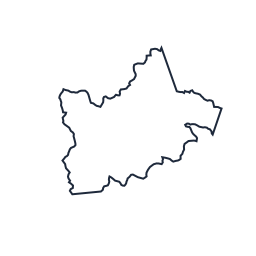 outline of Itapiúna, Ceará, Brazil, rotated 122°
{"feature_id": "56859067B46365761499950", "entity_name": "Itapiúna", "entity_type": "district", "adm_level": 2, "iso_a3": "BRA", "parent_name": "Brazil", "parent_adm1": "Ceará", "projection": "robinson", "projection_center": [-38.958, -4.601], "detail": "fine", "context": "isolated", "style": "outline", "palette": "slate", "viewbox_px": 256, "rotation_deg": 122, "n_neighbors": 0, "source": "geoboundaries", "source_scale": "gbopen_adm2", "svg_char_len": 3090}
<svg xmlns="http://www.w3.org/2000/svg" viewBox="0 0 256 256"><g transform="rotate(122 128 128)"><path d="M88.7,52.7L61.9,59.0L62.3,60.6L62.5,62.7L63.2,64.0L64.5,66.1L63.1,67.5L61.7,68.9L60.5,70.4L60.6,72.0L61.4,73.9L62.7,75.0L63.0,77.1L63.1,79.0L62.5,80.5L62.2,82.5L61.5,84.6L61.9,86.9L62.6,88.7L63.1,90.4L62.8,91.9L62.0,93.5L63.5,94.7L65.4,94.5L65.4,96.1L66.2,97.5L66.4,99.3L68.6,99.0L68.7,101.0L69.7,102.5L70.4,104.2L71.0,106.1L42.3,142.1L43.8,141.9L45.5,141.4L45.9,143.0L45.7,145.1L46.5,147.1L47.6,148.3L49.1,150.0L51.4,149.5L53.1,148.4L54.4,147.2L55.5,148.8L56.8,150.5L58.4,149.5L60.2,148.6L61.8,148.7L63.4,148.4L65.4,149.0L66.9,151.8L68.0,153.9L69.4,155.0L71.1,156.2L73.2,155.5L74.5,154.6L76.2,153.3L77.3,151.6L78.2,150.1L79.7,149.1L81.2,149.0L83.3,148.8L85.5,149.8L87.5,150.9L89.5,150.7L90.4,149.1L92.4,150.0L95.3,150.2L97.1,151.9L99.1,154.5L101.5,154.4L103.2,152.9L104.8,152.5L105.6,153.7L106.2,155.8L107.6,156.1L108.9,156.2L110.5,157.2L112.5,158.6L113.3,160.7L113.0,163.6L114.4,164.8L115.9,164.7L117.7,163.5L119.4,162.7L124.7,162.6L125.2,164.6L125.8,166.2L125.8,168.0L125.5,170.4L126.3,172.8L125.3,174.1L120.8,179.1L119.6,181.0L119.2,182.5L119.1,184.2L121.2,187.5L122.8,188.9L124.7,189.7L125.8,191.3L126.3,193.0L127.5,194.6L127.9,196.3L127.9,198.4L128.9,201.1L129.3,203.3L131.6,202.7L133.6,203.0L135.5,203.1L137.4,202.8L138.9,202.2L139.5,200.6L140.6,199.4L141.5,198.2L142.8,197.5L144.3,196.8L146.0,194.5L147.7,192.6L149.1,191.4L147.8,188.6L149.6,188.1L153.8,188.9L155.0,187.8L156.3,186.5L157.7,186.1L158.5,183.9L158.9,178.0L160.8,174.9L161.0,172.3L161.8,170.7L163.8,169.8L165.4,168.1L167.2,166.2L168.9,164.5L170.3,163.5L172.2,163.8L175.1,165.8L176.9,166.0L178.9,165.6L180.8,165.3L182.5,164.6L184.2,164.9L185.7,165.8L187.4,165.9L190.3,166.3L190.9,164.8L191.9,162.2L193.6,160.7L195.0,159.2L195.9,155.9L196.6,153.9L198.8,153.9L201.1,153.1L202.3,151.7L203.4,149.2L205.3,149.3L205.4,146.9L205.9,144.2L208.1,143.0L210.2,144.2L212.1,144.0L212.9,142.0L213.7,140.1L196.2,117.3L193.7,116.6L192.0,117.3L190.1,117.3L188.6,115.8L187.3,114.7L185.2,114.9L183.3,115.5L182.0,116.8L180.4,117.6L178.9,118.0L178.8,115.9L179.1,113.3L179.5,111.1L178.2,106.9L178.9,105.0L179.8,103.5L179.6,101.9L178.9,100.5L177.4,100.2L175.7,100.3L174.2,100.9L172.4,101.1L171.0,101.6L168.5,100.8L166.1,100.6L164.9,99.2L164.5,93.6L162.9,88.2L160.8,87.2L159.2,86.6L157.9,87.7L156.1,88.6L154.3,88.8L152.8,88.9L151.0,88.8L149.5,88.7L147.6,88.0L145.1,87.0L142.9,85.0L141.9,83.3L140.8,80.3L138.7,80.3L137.6,81.4L135.9,81.8L134.6,83.4L133.5,80.7L132.6,77.9L132.1,76.0L132.5,73.6L132.5,71.8L130.5,70.0L129.1,68.4L127.8,67.6L126.3,67.0L125.0,67.9L123.7,68.7L121.1,68.2L119.0,68.8L116.6,69.0L115.3,69.9L113.9,70.9L111.5,71.6L108.9,70.5L107.0,69.8L106.0,68.5L104.2,66.1L103.3,64.6L102.9,62.9L100.0,64.1L99.2,65.6L98.8,68.1L98.4,69.9L97.7,71.4L96.4,73.2L95.1,75.0L94.6,76.5L95.4,78.1L95.9,79.7L95.0,81.2L92.9,80.2L92.1,78.7L92.1,77.0L91.0,76.0L90.2,74.8L89.3,73.0L89.1,70.6L89.1,68.2L88.4,66.3L87.8,64.6L86.6,63.2L85.9,61.2L86.2,59.6L85.7,57.9L86.6,55.4L88.2,54.1L88.7,52.7Z" fill="none" stroke="#1e293b" stroke-width="2"/></g></svg>